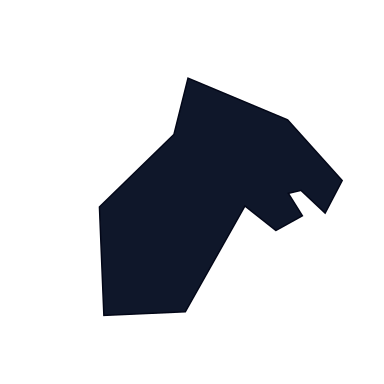 outline of Bel Air, rotated 61°
{"feature_id": "SYC-5206", "entity_name": "Bel Air", "entity_type": "state/province", "adm_level": 1, "iso_a3": "SYC", "parent_name": "Seychelles", "parent_adm1": "", "projection": "mercator", "projection_center": [55.454, -4.638], "detail": "fine", "context": "isolated", "style": "filled", "palette": "ink", "viewbox_px": 384, "rotation_deg": 61, "n_neighbors": 0, "source": "natural_earth", "source_scale": "10m", "svg_char_len": 332}
<svg xmlns="http://www.w3.org/2000/svg" viewBox="0 0 384 384"><g transform="rotate(61 192 192)"><path d="M254.8,55.1L275.0,85.8L243.4,95.9L239.9,108.4L266.3,107.0L266.3,137.3L229.9,152.5L293.5,255.9L257.2,328.9L160.2,280.2L132.9,179.9L90.5,140.3L175.3,73.4L254.8,55.1Z" fill="#0f172a" stroke="#020617" stroke-width="1.5"/></g></svg>